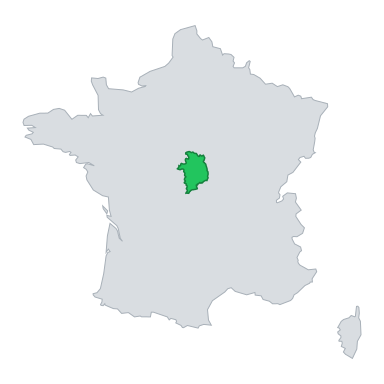 location of Cher within France
{"feature_id": "FRA-5279", "entity_name": "Cher", "entity_type": "Metropolitan department", "adm_level": 1, "iso_a3": "FRA", "parent_name": "France", "parent_adm1": "", "projection": "mercator", "projection_center": [2.504, 47.022], "detail": "fine", "context": "in_parent", "style": "filled", "palette": "green", "viewbox_px": 384, "rotation_deg": 0, "n_neighbors": 0, "source": "natural_earth", "source_scale": "10m", "svg_char_len": 6598}
<svg xmlns="http://www.w3.org/2000/svg" viewBox="0 0 384 384"><path d="M315.3,152.7L312.4,154.3L310.7,157.5L308.8,158.2L305.5,158.3L304.0,156.3L300.0,157.5L298.4,159.6L300.8,162.1L292.9,172.4L287.9,175.1L286.8,181.7L280.9,186.7L278.7,191.9L278.6,193.0L280.0,194.7L279.4,198.1L276.4,200.3L276.5,202.4L277.3,202.8L281.8,201.0L283.6,199.0L282.7,196.3L287.3,192.9L295.5,193.7L296.4,198.2L295.4,202.0L301.2,210.1L296.1,213.9L295.8,216.4L301.1,224.5L304.4,227.8L302.6,233.3L297.0,236.7L293.5,236.5L292.0,237.3L292.1,239.0L294.6,243.9L300.6,247.0L301.5,250.7L299.8,252.0L297.0,257.5L298.2,260.3L297.8,261.5L298.4,263.3L300.0,265.2L308.3,269.8L315.8,269.0L316.7,271.7L312.1,278.8L312.4,282.0L310.1,282.1L309.7,283.2L305.0,285.5L297.5,292.7L294.1,294.8L292.6,298.5L290.6,300.5L279.9,304.6L277.9,303.7L272.6,303.8L269.4,301.2L263.1,299.5L261.1,295.8L255.2,295.1L254.9,292.5L246.7,294.8L235.2,291.4L231.2,287.7L227.8,288.7L224.8,292.0L212.4,300.7L207.5,309.7L208.5,320.1L211.3,325.2L203.7,324.4L199.3,325.9L198.1,328.1L187.4,325.5L183.5,327.7L182.4,327.5L181.0,325.4L175.8,322.9L176.6,321.2L175.8,319.7L170.9,318.4L169.2,319.9L167.3,316.9L153.5,312.2L151.3,312.2L150.4,316.9L141.5,316.8L140.2,316.0L134.5,316.9L128.4,312.6L121.6,313.4L117.5,308.9L113.4,308.6L107.7,306.2L105.1,305.0L104.8,303.7L103.1,305.7L101.0,305.3L100.5,304.6L101.9,302.1L102.2,299.2L95.0,297.0L93.2,294.9L93.1,293.7L97.0,292.7L100.4,288.6L103.7,273.7L106.1,255.9L107.8,252.5L110.1,251.6L108.3,249.1L106.1,252.4L107.4,235.9L110.0,223.4L116.0,228.5L117.4,230.8L119.2,238.2L122.5,241.3L120.3,238.3L118.2,228.4L116.8,225.6L107.2,217.3L106.9,215.4L111.1,216.4L109.4,210.1L108.4,197.0L102.6,195.7L93.3,190.0L86.9,179.9L86.1,176.0L87.8,172.0L86.3,169.4L83.6,167.6L85.7,164.2L87.6,163.8L94.3,165.8L88.8,162.5L79.9,163.6L76.4,162.5L75.7,160.0L78.2,156.9L75.2,155.0L70.1,155.4L69.4,154.6L71.0,152.3L69.7,151.5L65.5,152.4L63.1,151.7L60.9,149.1L54.2,148.5L52.7,147.0L43.4,144.1L33.7,144.6L30.9,139.4L25.0,137.0L26.2,135.3L32.1,133.8L33.3,132.3L28.9,130.2L27.4,128.1L35.3,127.6L31.8,125.3L24.1,125.5L23.0,122.4L24.0,119.2L28.5,116.3L39.7,113.2L47.8,113.1L53.5,109.4L59.2,108.4L64.6,110.2L71.9,119.3L77.7,115.3L86.4,115.4L88.2,117.7L90.5,113.6L92.4,116.0L103.0,115.2L100.5,113.6L98.5,109.7L98.1,95.4L92.7,85.0L91.3,81.2L91.6,77.9L98.0,78.5L103.2,77.1L105.8,78.1L106.4,84.8L108.6,88.7L123.2,89.9L131.6,92.0L138.7,88.2L145.3,86.5L145.8,85.6L142.0,86.0L138.5,84.3L138.1,82.5L139.9,77.2L150.0,71.4L164.9,66.4L168.7,63.1L173.1,57.1L172.1,55.5L172.8,39.0L175.0,33.6L180.6,29.6L195.1,25.6L196.9,30.9L196.8,33.9L200.6,38.6L202.5,40.0L208.8,37.5L211.9,41.8L212.8,46.7L220.4,48.7L222.6,55.1L224.0,53.7L228.7,54.0L231.0,54.5L234.0,57.3L233.1,61.1L234.5,62.9L233.1,66.4L234.1,67.8L242.8,67.8L245.4,66.3L246.6,62.8L249.2,60.7L250.2,61.4L248.6,67.8L249.8,69.5L250.4,74.1L253.7,74.5L260.1,78.2L265.5,84.2L272.2,83.2L277.4,86.6L282.8,84.8L287.9,86.7L289.7,88.5L294.5,96.9L298.2,95.2L300.8,96.2L301.6,98.7L311.4,97.2L313.1,99.6L315.2,100.5L327.5,103.7L327.7,106.8L320.5,115.8L317.4,128.4L315.3,132.8L314.5,136.1L315.1,138.3L314.7,141.7L313.2,149.8L314.1,152.2L315.3,152.7ZM359.3,313.2L358.7,317.9L360.4,321.3L361.0,334.8L357.4,341.3L356.8,349.1L352.4,358.4L345.5,354.3L343.4,352.0L345.3,348.4L341.3,346.5L342.3,343.1L341.8,341.3L339.0,341.2L338.9,340.3L340.9,337.6L340.9,335.9L338.2,333.8L337.7,332.0L340.3,329.9L339.1,328.0L337.7,327.6L341.2,321.4L343.6,319.5L349.0,317.8L351.2,315.5L354.8,316.8L355.4,316.2L356.5,306.4L357.8,306.2L358.9,307.5L359.3,313.2ZM107.7,210.9L106.8,213.8L103.2,208.7L102.7,205.9L107.7,210.9Z" fill="#d9dde1" stroke="#a8b0b8" stroke-width="1"/><path d="M180.0,169.7L177.9,169.1L177.4,168.8L178.6,167.5L178.9,166.7L178.9,165.7L179.3,165.9L179.7,165.9L180.1,165.8L180.5,165.6L180.6,165.4L180.6,165.2L180.6,164.7L180.7,164.2L181.3,163.5L181.5,163.4L182.7,163.9L183.9,164.1L185.1,163.9L186.0,163.4L186.2,163.0L186.2,162.6L185.5,160.8L185.4,160.3L185.4,159.7L185.5,159.2L185.7,158.8L186.0,158.6L186.3,158.4L187.8,159.0L188.5,159.0L188.8,158.0L188.8,157.5L188.7,157.0L188.5,156.5L187.9,155.8L187.4,154.5L187.0,154.2L186.0,154.2L185.7,153.8L185.8,152.8L186.5,152.3L188.3,151.7L189.1,151.6L189.6,151.6L190.9,152.4L191.5,152.6L192.7,152.1L193.1,152.2L194.2,153.2L194.8,153.4L196.1,153.4L196.5,153.7L197.5,155.3L198.3,156.2L198.7,156.4L199.3,156.4L199.6,155.9L199.8,155.3L200.0,155.0L200.5,155.1L201.2,155.8L201.5,156.0L202.0,156.0L202.9,155.4L203.3,155.2L203.5,155.4L203.8,155.9L204.0,156.5L204.1,156.8L204.5,157.3L204.7,157.6L204.7,158.0L204.5,159.0L204.3,159.4L204.2,159.7L204.2,159.8L204.2,160.0L203.9,160.5L203.6,160.9L203.4,161.3L203.4,161.6L203.4,161.8L203.6,162.1L203.8,162.3L204.0,162.5L204.3,162.6L205.0,163.5L205.5,163.9L205.6,164.0L205.8,164.3L205.8,164.6L206.1,165.8L206.3,166.3L206.6,167.3L206.9,168.3L207.1,169.1L207.1,169.3L207.1,169.6L207.1,170.1L207.0,170.4L207.1,170.7L207.2,170.9L207.3,171.0L207.7,171.4L207.8,171.5L208.0,172.4L208.0,173.3L208.1,173.7L208.1,173.9L208.1,174.2L208.0,174.6L207.8,175.4L207.6,176.0L207.6,176.3L207.6,176.6L207.9,177.3L208.0,177.4L208.0,177.5L208.0,177.8L208.0,178.0L207.8,178.4L207.3,179.4L207.1,179.7L207.1,179.8L207.0,180.5L206.4,180.5L205.7,180.4L204.7,180.8L203.2,181.8L202.9,182.3L202.7,182.5L202.5,182.8L202.3,182.7L202.0,182.6L201.7,182.6L201.1,183.2L200.9,183.2L200.1,182.9L200.0,182.7L199.9,182.5L199.7,182.5L199.2,183.1L198.5,183.7L198.1,184.0L197.5,184.0L197.4,184.1L197.4,184.3L197.5,184.8L197.3,185.0L197.1,185.0L196.6,185.0L196.4,185.0L196.3,185.4L196.4,185.6L196.7,185.9L196.7,186.1L196.5,186.6L196.5,186.8L196.5,187.0L196.7,187.3L197.0,187.7L197.1,187.9L197.2,188.1L197.3,188.3L197.3,188.6L197.2,188.8L195.2,189.4L194.1,189.5L193.4,189.7L193.2,189.7L192.6,189.7L192.1,189.8L190.7,190.5L190.4,191.1L190.1,191.3L189.9,191.5L189.7,191.5L189.5,191.8L189.3,192.2L188.7,193.3L186.4,193.1L186.0,193.2L186.1,192.6L186.4,192.2L187.0,191.6L187.2,191.3L187.3,190.9L187.3,190.4L187.0,189.6L186.9,189.2L186.5,189.0L186.4,188.8L186.4,188.4L187.0,187.4L187.1,186.9L187.1,186.3L187.0,185.8L186.8,185.4L186.2,185.2L186.1,184.9L186.1,184.6L186.2,184.2L186.2,183.9L185.9,183.6L185.6,183.4L184.7,183.2L184.4,183.0L184.3,182.7L184.3,182.4L184.5,182.1L185.3,181.4L185.4,181.1L185.3,180.6L185.0,180.4L184.8,180.2L184.5,180.0L184.4,179.5L184.5,178.9L184.7,178.3L185.0,177.8L185.8,177.0L185.8,176.7L185.6,176.3L184.8,175.8L184.6,175.3L184.6,174.8L184.9,173.8L184.9,173.3L184.7,172.9L184.5,172.5L183.9,171.9L183.7,171.6L183.7,171.4L183.9,170.7L183.9,170.3L183.9,170.0L183.8,169.6L183.6,169.4L183.1,169.1L181.9,169.0L181.4,169.1L180.5,169.6L180.0,169.7Z" fill="#22c55e" stroke="#15803d" stroke-width="1.5"/></svg>